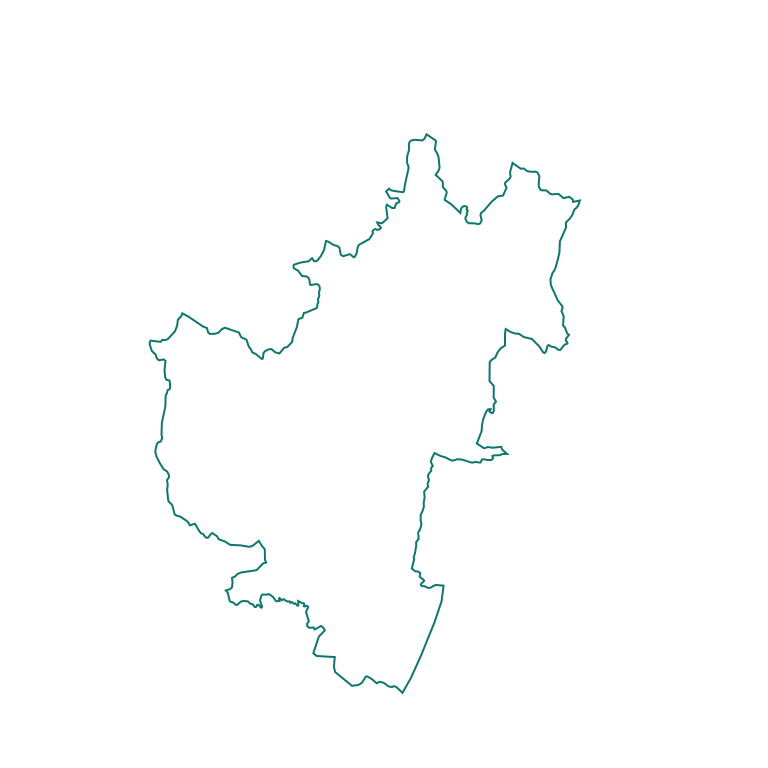 Thanh Son, Phú Thọ, Vietnam, rotated 39°
{"feature_id": "81297802B60314868788909", "entity_name": "Thanh Son", "entity_type": "district", "adm_level": 2, "iso_a3": "VNM", "parent_name": "Vietnam", "parent_adm1": "Phú Thọ", "projection": "robinson", "projection_center": [105.189, 21.087], "detail": "fine", "context": "isolated", "style": "outline", "palette": "teal", "viewbox_px": 768, "rotation_deg": 39, "n_neighbors": 0, "source": "geoboundaries", "source_scale": "gbopen_adm2", "svg_char_len": 6165}
<svg xmlns="http://www.w3.org/2000/svg" viewBox="0 0 768 768"><g transform="rotate(39 384 384)"><path d="M549.1,638.7L553.4,634.1L554.6,631.1L554.8,628.8L554.0,623.6L554.2,622.4L555.4,621.7L560.2,621.0L566.7,621.2L567.8,618.4L569.4,617.4L572.1,616.4L577.8,616.1L581.0,614.5L581.7,612.7L584.1,611.7L592.7,612.4L590.0,595.9L583.6,571.5L573.1,537.1L565.5,516.7L557.2,503.2L550.7,507.6L549.1,510.6L548.8,512.4L546.6,514.7L542.7,515.7L540.6,517.2L539.0,516.9L538.6,515.7L539.1,511.8L538.5,511.3L532.9,511.3L531.3,508.4L530.6,508.0L528.1,508.5L526.2,509.9L521.8,509.9L517.7,501.3L515.9,499.7L514.6,496.0L510.5,489.0L508.5,486.7L508.4,482.6L504.0,477.9L503.4,474.0L501.5,469.6L498.1,466.7L494.9,462.6L493.8,458.1L492.2,454.3L489.4,451.1L487.2,446.9L482.9,442.3L482.9,436.0L480.7,434.1L479.4,430.3L476.2,428.2L475.3,426.0L475.3,421.7L473.4,419.5L473.5,417.0L469.3,415.0L467.9,411.5L466.7,405.9L473.1,404.4L478.2,402.3L484.7,401.0L486.9,398.7L487.9,396.8L491.8,393.8L501.9,389.8L504.3,386.9L508.2,384.6L508.4,383.4L507.6,381.5L508.4,380.0L512.6,377.7L515.4,375.4L515.5,373.0L513.5,371.8L514.5,370.1L518.6,366.7L520.4,363.5L523.7,360.9L517.1,360.6L514.6,359.1L508.5,365.2L504.4,367.6L502.2,371.0L493.6,371.8L489.5,359.2L485.8,353.9L483.1,348.5L480.8,341.1L480.8,338.3L482.3,336.6L482.8,336.4L483.2,339.0L485.9,338.9L486.9,337.9L486.0,335.5L482.0,330.7L482.2,327.3L477.8,325.6L470.5,316.4L464.2,315.4L452.3,300.4L452.4,297.8L453.8,293.4L452.4,288.2L452.2,283.3L453.8,278.0L446.2,268.5L444.0,264.7L449.2,264.0L454.0,262.4L457.1,260.1L463.1,259.5L470.7,255.9L481.2,257.1L487.9,259.3L489.2,258.8L489.5,257.0L487.1,251.4L487.5,250.0L489.9,249.9L494.0,247.9L498.3,247.6L499.6,246.4L499.5,240.1L501.1,237.2L500.5,236.4L497.9,235.8L496.9,234.2L496.9,229.4L494.5,229.4L489.0,226.2L486.4,225.9L480.9,218.2L476.1,215.7L474.6,212.1L473.7,211.4L466.3,209.6L455.5,204.2L451.3,202.0L447.5,197.9L445.1,191.7L444.9,188.3L444.0,185.4L440.9,178.2L437.5,171.3L430.9,162.4L427.0,147.9L423.7,144.1L424.3,138.4L424.0,134.2L422.1,128.4L422.7,126.0L422.6,122.9L420.7,118.2L416.3,123.5L414.6,121.8L410.2,121.9L406.5,126.6L399.9,126.5L395.3,130.8L393.5,131.6L388.5,131.4L383.9,134.7L380.6,133.4L379.0,132.1L373.9,124.7L370.4,123.1L368.3,123.5L365.2,126.2L361.5,128.4L356.9,128.6L354.9,130.6L344.8,131.3L348.7,140.2L352.0,143.3L352.4,145.7L351.5,151.4L352.8,153.0L355.7,154.3L357.9,162.6L354.3,166.7L352.9,174.9L352.6,186.4L351.8,189.8L352.8,192.2L356.9,195.3L357.7,198.7L356.5,200.6L353.2,202.2L348.9,205.6L346.6,205.9L343.6,204.6L342.4,203.1L342.2,200.6L341.0,199.4L340.2,196.7L338.4,196.5L337.8,194.9L336.8,194.1L334.4,195.1L333.4,197.2L333.7,199.6L335.7,203.0L323.5,202.0L315.2,202.7L312.3,195.8L311.3,194.9L305.8,193.9L303.0,190.5L301.5,189.6L292.5,189.0L292.1,183.5L291.0,180.9L284.0,173.7L280.8,171.6L275.8,169.6L271.8,162.8L270.8,162.3L260.0,163.2L261.1,167.9L260.6,170.5L254.3,174.8L251.8,177.7L251.6,179.9L252.2,181.7L256.1,186.2L259.0,193.1L262.9,197.7L266.5,199.9L267.6,201.4L274.3,214.9L278.1,221.4L278.1,223.0L269.7,228.0L267.2,229.1L265.0,229.0L264.4,233.0L271.7,235.7L272.7,235.5L277.5,231.0L280.8,232.1L281.3,233.1L279.9,235.9L281.4,240.6L279.6,242.1L273.4,242.8L274.1,244.9L282.5,253.0L281.3,260.4L277.0,262.7L279.8,264.0L282.0,263.9L283.4,264.8L283.0,267.1L281.6,268.5L279.6,269.0L278.9,271.0L279.0,272.6L280.6,273.9L281.4,280.7L277.0,291.4L277.2,293.7L280.5,299.7L281.2,303.3L280.6,304.6L276.3,304.4L275.5,304.9L272.0,310.2L269.9,310.8L268.3,310.2L263.7,306.2L262.3,306.0L260.3,306.3L257.6,307.7L251.2,308.4L248.9,309.4L253.1,317.6L254.5,324.6L254.5,330.1L253.3,332.0L252.3,332.5L248.9,331.5L248.2,336.0L242.8,342.1L238.9,348.0L239.6,349.5L241.1,350.8L246.0,350.0L252.2,351.7L256.1,349.2L258.3,349.0L260.2,349.8L263.8,353.1L264.6,353.3L268.9,348.6L270.1,348.2L272.5,348.7L274.4,350.6L276.1,354.2L278.3,356.2L279.4,359.9L281.5,361.6L281.9,363.6L283.6,366.4L283.8,367.5L278.3,377.8L277.0,379.2L278.8,383.7L276.7,387.5L280.4,394.5L283.9,405.3L286.1,409.1L285.6,416.0L283.6,418.8L283.5,426.1L279.7,427.8L274.6,427.7L272.2,430.0L271.0,433.1L270.8,435.6L273.8,440.5L273.4,441.4L265.4,441.4L261.6,442.3L259.1,440.9L255.7,440.2L249.1,436.1L243.6,437.5L238.8,435.3L224.9,440.4L223.5,443.3L223.0,448.4L220.8,451.5L217.2,454.7L214.9,454.6L211.1,451.9L207.4,453.2L189.0,454.8L182.8,456.0L183.7,458.5L183.4,463.8L186.5,468.8L188.4,474.5L187.7,485.3L186.0,487.9L184.0,489.1L183.8,491.9L175.3,497.2L175.8,499.2L177.3,500.9L182.9,504.5L188.0,504.8L190.3,506.5L192.7,507.3L194.4,507.0L197.4,503.5L199.7,503.6L204.8,511.5L210.0,516.7L212.4,517.6L215.1,516.3L216.9,517.8L220.5,522.0L220.5,523.4L219.7,524.9L221.1,527.7L221.4,530.1L228.3,539.2L235.7,553.8L242.8,563.2L245.7,565.7L246.7,569.1L245.6,570.7L245.2,572.8L246.3,576.0L248.9,580.7L253.1,583.7L259.2,586.4L266.3,588.9L270.6,588.5L273.4,589.7L275.7,591.7L275.7,594.7L276.4,595.8L279.5,598.6L282.1,602.8L288.5,609.2L290.4,610.8L295.5,611.3L303.4,617.1L305.1,617.0L309.4,615.2L316.6,614.6L318.3,614.6L322.0,616.0L325.0,611.6L333.5,614.7L335.9,615.1L338.1,614.4L340.9,615.3L342.9,615.2L343.9,614.3L343.9,608.9L344.5,607.9L349.9,607.4L353.5,608.6L359.4,606.5L365.7,605.8L374.2,599.6L381.8,595.3L383.7,592.5L385.5,584.7L391.4,586.8L395.3,587.4L402.1,595.5L404.8,596.9L403.0,599.4L402.1,608.9L391.4,620.6L389.7,624.0L389.4,627.2L387.9,630.3L391.3,633.7L393.9,637.8L393.4,640.4L391.0,644.0L393.9,644.5L400.3,649.5L401.5,649.8L404.7,648.7L407.0,649.0L408.8,648.3L409.8,643.0L411.7,640.7L415.1,638.6L418.3,638.9L420.4,637.8L424.0,638.6L424.9,637.6L424.5,635.6L425.1,634.7L429.4,635.1L429.5,634.2L428.7,633.1L427.0,632.5L423.7,630.0L421.9,625.6L422.0,624.1L425.4,621.5L426.8,619.7L431.4,619.3L436.9,620.7L439.3,618.5L437.4,616.8L437.6,616.0L440.6,616.4L441.6,614.2L443.4,614.4L446.2,613.6L447.4,612.3L448.9,613.0L449.6,611.4L452.0,611.6L453.2,610.3L456.2,610.8L456.7,610.2L456.3,609.2L453.8,606.7L458.1,605.8L459.8,604.9L460.4,605.0L461.6,607.1L462.4,606.8L463.5,604.9L465.5,605.0L466.8,610.2L475.0,615.8L475.1,618.5L476.3,620.2L477.5,620.6L479.8,620.2L482.5,617.5L484.6,618.4L487.4,611.6L490.6,611.7L493.1,612.7L492.3,621.3L498.5,637.7L502.9,637.7L517.6,627.2L523.0,635.3L527.3,638.6L549.1,638.7Z" fill="none" stroke="#0f766e" stroke-width="2"/></g></svg>